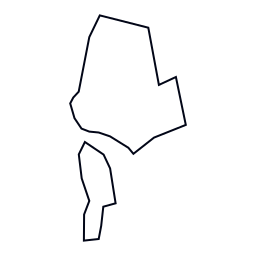 map outline of Liepāja (Robinson projection)
{"feature_id": "LVA-4848", "entity_name": "Liepāja", "entity_type": "Republican City", "adm_level": 1, "iso_a3": "LVA", "parent_name": "Latvia", "parent_adm1": "", "projection": "robinson", "projection_center": [21.027, 56.53], "detail": "fine", "context": "isolated", "style": "outline", "palette": "ink", "viewbox_px": 256, "rotation_deg": 0, "n_neighbors": 0, "source": "natural_earth", "source_scale": "10m", "svg_char_len": 476}
<svg xmlns="http://www.w3.org/2000/svg" viewBox="0 0 256 256"><path d="M133.4,153.8L128.4,147.8L110.1,136.4L98.7,132.5L89.3,131.6L81.5,128.6L74.5,118.2L70.2,103.4L73.3,97.5L78.7,91.7L89.3,37.1L99.8,15.4L148.3,27.7L158.9,84.9L175.9,77.0L185.8,124.9L154.0,137.6L133.4,153.8ZM83.9,240.6L84.1,214.5L89.3,200.9L81.7,178.4L78.8,154.4L84.9,142.0L103.6,154.6L110.1,168.4L115.6,203.3L103.3,206.7L101.2,225.8L98.7,239.0L83.9,240.6Z" fill="none" stroke="#020617" stroke-width="2"/></svg>